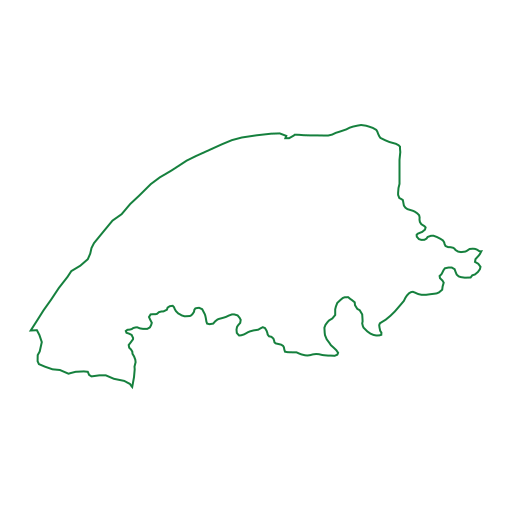 Kamenets, Brest, Belarus (Natural Earth projection)
{"feature_id": "67162791B59963656038120", "entity_name": "Kamenets", "entity_type": "district", "adm_level": 2, "iso_a3": "BLR", "parent_name": "Belarus", "parent_adm1": "Brest", "projection": "natural_earth1", "projection_center": [23.756, 52.4], "detail": "fine", "context": "isolated", "style": "outline", "palette": "green", "viewbox_px": 512, "rotation_deg": 0, "n_neighbors": 0, "source": "geoboundaries", "source_scale": "gbopen_adm2", "svg_char_len": 4681}
<svg xmlns="http://www.w3.org/2000/svg" viewBox="0 0 512 512"><path d="M337.4,354.5L338.1,352.8L336.3,350.2L333.7,347.7L330.9,345.2L329.3,342.8L326.7,339.3L325.0,335.2L324.7,332.9L324.4,327.7L325.5,324.8L327.6,322.0L329.1,320.4L332.3,318.5L335.2,315.0L335.2,312.8L335.2,309.3L335.9,306.5L337.3,302.9L340.5,299.9L342.8,298.0L344.6,297.3L348.2,297.2L350.2,298.9L351.7,299.9L354.7,302.3L355.0,305.2L357.3,308.9L359.7,310.2L362.2,314.4L362.5,319.0L362.6,321.4L362.2,323.4L362.8,325.9L363.5,327.6L367.3,331.4L370.4,333.6L373.4,334.9L376.3,335.5L379.3,335.4L381.3,334.8L381.4,332.6L380.2,330.8L379.5,327.5L379.2,325.1L379.9,323.3L381.6,322.2L383.9,320.8L385.7,319.7L390.4,315.8L394.8,311.5L397.5,308.4L399.8,305.7L403.8,301.0L405.5,297.6L407.0,295.4L409.1,293.2L411.1,292.1L412.9,291.8L415.2,292.7L417.6,293.8L418.8,294.2L421.6,294.8L426.1,294.8L430.4,294.2L434.6,293.7L436.7,293.4L439.0,292.4L442.2,289.7L442.6,286.5L443.7,282.7L442.5,280.6L440.0,278.2L439.6,276.0L441.4,274.3L442.3,272.7L443.5,270.2L444.9,268.3L448.7,267.5L451.7,267.5L454.6,269.2L455.5,271.7L456.7,274.6L458.7,276.4L460.8,277.1L464.9,277.7L470.6,277.5L472.3,275.3L474.9,274.5L477.9,272.0L479.9,269.2L480.5,266.8L478.3,263.8L475.0,261.9L475.5,259.1L476.7,257.8L478.8,255.5L479.8,254.2L481.3,251.3L480.4,251.4L479.0,251.0L477.9,250.2L476.7,249.5L475.0,248.9L472.8,248.7L469.6,249.0L467.8,250.2L466.6,251.0L465.2,251.6L461.0,252.1L458.1,251.6L455.5,250.0L454.5,248.7L453.2,247.8L450.6,247.2L448.0,247.1L445.5,246.0L444.5,243.9L444.2,242.4L442.9,240.4L440.4,238.8L436.9,237.0L433.4,235.7L430.9,235.8L429.2,236.4L427.6,237.0L426.5,238.6L424.4,239.8L421.4,239.9L418.9,239.1L416.8,236.7L416.6,234.9L417.6,233.8L419.9,232.8L422.2,231.9L425.0,229.6L425.6,227.4L424.5,226.2L421.3,224.2L419.9,222.0L419.5,219.8L419.6,217.3L419.1,215.2L417.2,213.3L414.7,211.6L412.9,210.8L410.0,209.9L407.4,209.1L405.4,207.7L403.9,205.6L403.4,203.0L403.1,201.3L402.8,200.0L401.2,199.0L399.3,198.0L398.1,194.9L398.1,192.8L398.5,188.0L399.5,183.9L399.5,173.7L399.5,168.8L399.5,164.2L399.5,159.9L399.9,155.9L400.3,152.1L400.0,148.8L400.0,146.7L398.7,145.3L395.9,143.8L389.4,142.0L385.3,140.3L380.4,137.9L379.3,136.3L378.2,134.0L377.3,131.6L376.3,129.9L372.8,127.9L369.0,126.6L366.0,125.7L361.1,125.0L357.6,125.6L353.0,126.6L349.6,127.7L346.3,129.4L341.6,131.0L338.9,131.9L335.9,132.8L332.1,134.6L328.3,135.5L322.7,135.5L316.2,135.4L310.4,135.4L303.6,135.2L298.9,134.8L294.8,134.7L293.7,135.6L289.1,138.2L285.4,138.2L286.3,135.9L279.7,133.4L271.0,133.7L256.6,135.3L241.8,137.5L232.0,140.1L222.1,144.2L195.8,156.1L186.7,160.6L171.5,170.5L159.9,177.3L150.9,184.0L138.9,195.9L130.3,203.9L121.6,214.2L112.5,220.6L103.5,231.5L94.0,243.1L91.5,248.0L90.2,253.7L87.8,259.2L80.3,265.7L71.3,271.1L67.5,276.9L58.9,287.9L51.0,299.8L43.6,310.2L37.3,320.2L30.7,330.5L36.9,330.2L39.4,335.0L41.8,342.1L39.7,351.5L37.7,355.1L37.6,361.2L38.9,364.1L45.0,366.7L52.5,369.3L59.9,370.0L68.5,373.7L70.9,373.0L75.6,371.8L83.8,371.4L87.8,371.8L89.1,374.9L91.5,376.4L99.6,375.3L105.7,375.3L113.9,378.8L124.2,380.9L130.0,384.0L131.6,386.3L132.2,387.0L134.0,377.2L134.7,369.3L134.5,366.6L135.6,362.2L135.3,359.7L134.1,356.5L132.5,353.8L132.3,351.6L131.0,349.5L129.2,347.7L128.7,345.0L130.8,342.3L133.0,339.3L133.1,338.0L131.6,334.9L128.7,333.5L126.5,332.8L125.8,331.0L127.4,329.8L129.7,329.6L131.7,329.1L133.3,328.0L135.7,327.4L137.2,327.3L140.0,328.4L143.2,328.9L147.2,328.9L149.9,327.4L151.1,325.1L151.8,322.8L150.1,319.5L149.0,317.0L150.6,314.4L153.0,314.2L155.4,314.2L156.9,313.9L159.0,312.1L161.4,311.5L163.5,311.4L166.9,309.7L167.6,307.6L169.8,306.2L172.7,305.8L174.0,307.2L174.8,309.2L176.0,311.2L178.3,313.5L179.7,314.2L181.7,315.4L184.6,316.3L186.9,316.2L189.9,316.0L191.3,315.3L192.7,313.8L194.0,311.8L194.4,309.7L195.4,308.4L197.2,308.0L199.1,307.8L202.2,309.2L204.8,314.2L205.3,315.7L205.8,318.0L206.4,321.6L207.1,323.6L209.5,324.2L213.2,323.6L215.2,321.3L217.5,319.5L219.0,318.9L221.7,318.2L223.8,317.6L226.0,316.9L228.7,315.6L232.0,314.4L234.2,314.4L237.6,315.4L239.6,317.8L240.7,319.9L240.2,322.9L238.0,325.4L237.0,327.0L236.5,329.6L236.8,332.9L237.8,334.1L239.1,335.5L241.1,335.3L243.8,334.5L246.1,333.3L247.8,332.3L249.9,331.4L253.6,330.4L255.7,330.1L258.2,329.7L260.6,328.3L262.8,327.2L265.0,328.1L266.6,330.8L267.3,332.8L267.7,334.6L269.0,336.3L271.4,336.8L273.4,338.6L274.1,340.6L274.5,342.4L275.7,343.4L280.1,344.4L281.2,344.7L283.1,345.9L283.9,347.3L284.3,349.5L285.0,351.7L287.8,352.2L291.9,352.3L294.0,352.3L296.4,352.3L299.3,353.6L301.4,354.4L305.1,355.3L307.5,355.5L310.3,355.1L312.8,354.4L316.2,354.0L318.9,354.2L322.3,355.0L323.8,355.2L328.2,355.6L330.8,355.6L334.6,355.8L337.3,354.7L337.4,354.5Z" fill="none" stroke="#15803d" stroke-width="2"/></svg>